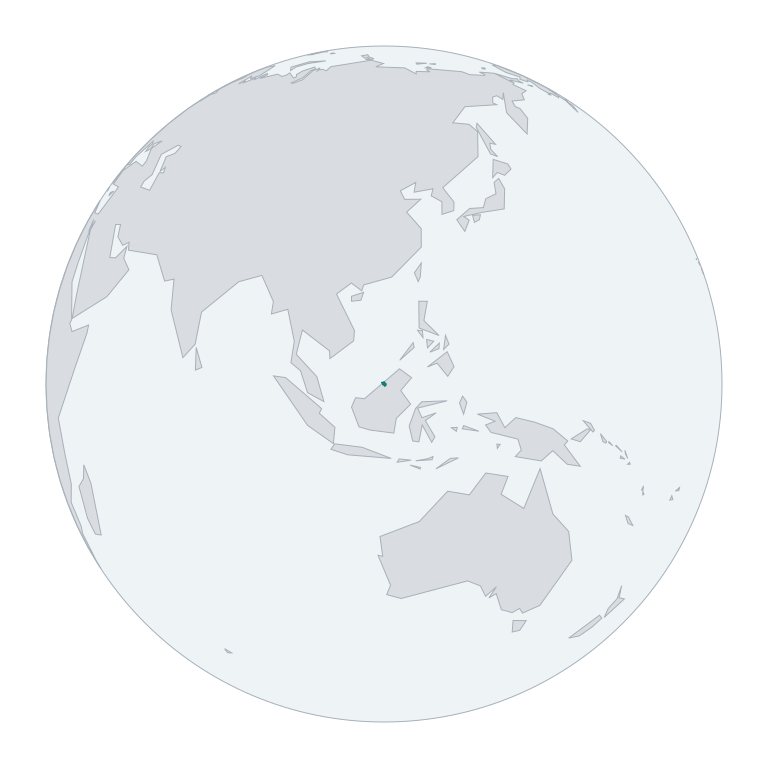 Belait highlighted on a globe, orthographic projection
{"feature_id": "BRN-1181", "entity_name": "Belait", "entity_type": "District", "adm_level": 1, "iso_a3": "BRN", "parent_name": "Brunei", "parent_adm1": "", "projection": "orthographic", "projection_center": [114.479, 4.349], "detail": "fine", "context": "on_globe", "style": "filled", "palette": "teal", "viewbox_px": 768, "rotation_deg": 0, "n_neighbors": 0, "source": "natural_earth", "source_scale": "10m", "svg_char_len": 8436}
<svg xmlns="http://www.w3.org/2000/svg" viewBox="0 0 768 768"><circle cx="384" cy="384" r="338" fill="#eef3f6" stroke="#a8b0b8"/><path d="M679.5,487.5L679.1,489.9L678.8,490.2L679.5,487.5ZM548.0,88.6L556.9,93.8L545.8,87.4L572.7,105.4L578.1,112.4L565.1,100.1L558.4,95.8L558.6,97.7L551.8,93.8L547.9,92.9L539.7,88.4L532.7,82.8L527.3,80.1L527.8,81.8L519.9,79.3L520.0,77.0L506.2,72.6L492.0,64.9L496.6,65.4L522.8,75.9L548.0,88.6ZM703.7,274.8L701.0,267.4L702.5,271.2L703.7,274.8ZM699.4,263.6L700.3,266.0L699.6,264.1L699.4,263.6ZM698.9,262.8L699.3,263.4L699.1,263.5L698.9,262.8ZM698.5,262.6L698.6,262.4L698.7,262.7L698.5,262.6ZM696.8,260.1L696.3,259.2L696.1,258.2L696.8,260.1ZM565.7,99.7L564.8,98.7L568.1,101.2L565.7,99.7ZM548.8,93.6L551.3,95.3L548.2,94.2L548.8,93.6ZM533.0,86.7L527.4,84.9L531.9,85.6L533.0,86.7ZM523.3,83.2L509.8,80.0L514.1,83.2L494.4,73.3L512.4,78.7L517.3,78.8L518.3,80.7L523.3,83.2ZM485.7,68.9L481.4,67.7L484.6,68.0L485.7,68.9ZM100.3,200.3L94.8,212.8L98.1,214.2L118.5,187.0L113.3,184.0L123.2,170.4L136.1,161.4L142.2,166.2L146.3,161.2L151.4,148.5L162.1,140.9L154.3,143.7L150.6,149.0L145.7,151.4L148.7,146.9L152.4,144.0L153.1,141.2L135.6,157.1L129.9,164.2L126.2,165.6L116.5,178.0L112.2,183.3L119.2,174.1L134.7,155.9L151.5,138.8L169.4,123.0L188.4,108.4L188.1,108.7L191.4,106.5L202.2,99.4L200.1,101.2L210.9,94.4L215.7,93.1L219.0,89.4L231.8,82.7L241.8,78.5L246.6,76.1L230.3,83.1L223.3,86.8L216.3,90.7L207.8,95.6L232.0,82.2L257.2,70.8L267.9,66.9L275.2,65.6L259.8,75.6L250.6,78.7L251.5,76.2L238.6,84.0L245.4,80.6L243.7,82.7L255.4,78.2L254.8,79.5L267.2,73.4L267.7,74.6L259.8,78.4L277.6,74.2L282.1,76.5L286.5,75.0L289.9,72.9L293.4,78.0L296.4,76.8L296.5,74.6L302.6,71.0L314.9,67.0L315.4,69.0L311.0,70.6L302.7,77.8L291.1,82.9L292.6,83.5L302.8,79.6L312.9,70.7L320.1,67.9L316.6,71.6L318.4,70.0L322.2,69.3L326.4,70.7L330.8,66.7L371.3,60.2L383.5,63.5L375.8,66.8L404.7,67.9L416.2,73.9L416.2,71.4L430.0,71.8L426.6,69.8L427.7,68.8L461.7,71.7L470.0,74.7L484.7,75.4L484.7,74.5L479.3,72.1L494.4,73.3L514.1,83.2L513.0,84.6L526.1,90.7L521.8,93.7L524.3,99.8L512.1,101.0L515.2,106.6L520.0,108.5L527.7,118.4L527.1,134.0L506.6,112.7L503.3,92.6L502.8,99.4L496.7,95.7L492.6,97.1L492.8,102.8L496.7,104.7L464.9,106.7L452.8,122.8L468.9,124.3L477.6,131.6L478.0,156.6L442.7,187.7L454.0,202.1L453.8,210.6L442.0,214.4L441.9,201.7L431.2,195.9L433.0,188.8L414.1,192.2L415.8,182.4L400.3,190.8L404.7,199.4L420.8,199.2L406.6,212.1L421.2,228.6L421.3,247.0L391.7,277.1L363.7,284.9L361.7,290.8L351.4,283.0L336.5,294.0L354.5,330.6L353.6,340.9L329.9,358.6L329.6,350.9L302.4,330.0L296.2,354.3L316.8,376.6L323.9,401.6L307.6,392.7L300.5,370.7L290.9,362.7L294.3,341.3L287.8,309.3L271.4,314.0L273.4,301.5L261.9,275.4L238.8,281.7L201.5,312.1L195.1,344.2L182.9,357.6L171.1,309.8L174.0,279.1L164.6,281.1L156.8,254.8L128.5,250.2L129.0,242.4L122.7,245.3L117.9,236.8L120.6,224.4L115.6,224.5L109.8,257.6L115.6,257.8L127.0,246.3L123.7,258.2L128.9,269.8L106.8,296.7L72.2,318.4L76.6,294.4L90.5,229.5L94.4,222.9L94.8,222.1L95.4,220.7L88.7,231.4L93.7,219.4L78.0,262.9L72.0,281.9L71.6,319.8L69.8,323.3L72.0,331.6L88.6,325.0L87.0,333.0L74.4,369.3L58.3,418.0L64.9,453.9L71.3,484.1L71.2,502.4L81.2,526.2L82.6,533.5L89.4,546.9L96.1,560.4L100.9,568.5L88.3,547.6L77.3,525.9L67.9,503.5L60.1,480.5L54.0,456.9L49.6,433.0L47.0,408.8L46.1,384.5L46.9,360.2L49.5,336.0L53.8,312.1L59.9,288.5L67.6,265.4L76.9,243.0L87.9,221.2L100.3,200.3ZM140.7,187.0L149.6,190.3L159.3,172.7L163.5,172.9L165.3,167.3L160.0,171.5L166.3,156.7L175.1,153.3L181.0,146.5L178.3,145.2L161.3,154.3L152.0,174.8L144.2,181.0L140.7,187.0ZM307.5,55.2L311.5,54.2L313.3,53.8L325.1,51.4L326.1,51.5L319.4,53.0L307.5,55.2ZM113.7,191.2L108.8,195.9L110.1,193.1L111.5,192.0L113.7,191.2ZM109.6,187.1L107.3,191.3L108.2,189.0L109.6,187.1ZM310.6,54.9L315.4,53.8L312.9,54.6L310.6,54.9ZM327.5,51.6L325.7,52.3L327.6,51.3L327.5,51.6ZM224.6,648.7L231.7,652.9L227.7,652.8L224.6,648.7ZM90.9,483.3L101.2,535.0L95.4,534.1L87.5,518.2L79.0,486.5L83.5,478.7L83.8,464.8L90.9,483.3ZM410.1,465.1L420.5,467.4L420.1,469.0L410.1,465.1ZM399.2,458.9L411.1,460.2L397.2,462.2L399.2,458.9ZM415.7,460.8L427.8,458.7L433.0,456.5L432.1,459.7L415.7,460.8ZM391.2,458.4L347.8,454.8L330.9,449.3L334.7,443.8L362.2,447.3L391.2,458.4ZM333.4,443.6L307.6,425.4L273.5,375.9L285.6,377.6L321.6,408.6L319.3,413.3L334.9,427.3L333.4,443.6ZM396.3,418.3L393.8,433.1L369.8,430.0L359.0,426.8L351.5,407.1L355.6,397.7L364.5,398.7L399.5,368.8L411.6,377.7L400.7,390.5L410.6,404.2L396.3,418.3ZM196.2,347.4L201.9,367.4L195.4,370.1L196.2,347.4ZM414.2,347.4L399.7,360.3L413.1,342.6L414.2,347.4ZM422.4,330.5L423.0,337.6L417.5,330.3L422.4,330.5ZM360.9,300.3L351.5,301.2L351.5,296.3L363.6,292.3L360.9,300.3ZM421.3,263.0L420.3,276.9L418.2,281.6L414.4,272.7L421.3,263.0ZM325.9,60.9L308.2,63.5L296.2,66.9L290.5,70.6L291.0,67.1L309.5,61.8L325.9,60.9ZM365.6,59.7L370.6,57.5L373.5,58.5L372.8,59.2L365.6,59.7ZM365.0,58.3L361.6,55.8L367.7,54.7L369.2,56.8L365.0,58.3ZM335.4,53.4L330.1,53.9L332.2,53.0L335.4,53.4ZM599.5,615.2L601.8,618.1L592.0,627.1L579.2,635.9L568.7,638.1L599.5,615.2ZM512.2,632.0L513.1,620.5L526.2,620.6L519.7,630.3L512.2,632.0ZM608.3,608.4L617.1,598.7L621.7,585.6L619.1,597.7L624.4,598.9L604.2,617.4L608.3,608.4ZM467.5,580.9L401.1,598.5L386.7,594.6L390.6,585.3L378.0,555.3L382.7,556.3L380.0,536.5L419.3,521.5L447.7,491.2L469.3,494.9L485.8,473.0L508.0,476.5L501.1,494.3L523.8,508.5L540.1,468.6L552.9,514.0L568.7,531.5L571.9,560.3L539.9,605.3L522.5,613.1L519.6,608.4L512.2,612.6L501.4,609.7L496.2,593.6L488.9,597.9L496.4,586.8L485.6,596.3L480.4,585.9L467.5,580.9ZM625.5,515.4L628.4,517.0L632.8,525.5L628.0,523.5L625.5,515.4ZM671.8,495.7L672.8,499.6L669.8,500.1L671.8,495.7ZM678.8,490.2L675.3,491.2L679.5,487.5L678.8,490.2ZM642.7,491.2L644.0,494.2L642.8,495.0L642.7,491.2ZM641.5,490.1L643.5,485.9L643.0,490.3L641.5,490.1ZM627.6,464.3L629.5,462.3L630.3,464.2L627.6,464.3ZM435.9,468.8L450.5,458.3L458.4,457.9L435.9,468.8ZM625.0,459.2L620.2,458.2L620.8,455.9L625.0,459.2ZM625.4,453.7L624.9,450.3L627.7,458.5L625.4,453.7ZM616.3,445.3L622.1,451.8L615.6,445.9L616.3,445.3ZM612.8,445.7L608.6,442.6L608.9,441.6L612.8,445.7ZM564.3,444.9L580.2,466.2L567.3,464.3L552.8,450.7L541.3,460.9L515.3,456.6L521.3,450.1L517.9,439.1L491.0,432.4L485.6,425.0L495.1,421.2L477.4,414.1L496.8,412.7L504.8,427.7L515.8,417.6L534.7,422.2L553.1,428.8L567.8,441.0L564.3,444.9ZM496.9,444.1L500.2,444.4L497.3,448.4L496.9,444.1ZM600.5,433.7L606.6,441.4L605.9,443.1L602.9,441.7L600.5,433.7ZM571.2,438.9L587.1,428.9L590.8,429.5L580.3,441.7L571.2,438.9ZM583.3,420.8L590.6,423.3L594.5,430.4L592.9,432.0L583.3,420.8ZM457.2,427.4L456.4,431.3L451.3,427.7L457.2,427.4ZM463.7,425.6L478.9,431.2L462.3,428.8L463.7,425.6ZM417.6,408.1L422.0,417.7L436.1,412.9L425.3,420.6L434.9,436.8L431.7,442.3L422.2,424.9L418.9,441.8L412.7,441.0L409.2,426.0L415.5,408.6L421.7,401.8L447.1,400.8L417.6,408.1ZM463.6,414.2L459.5,403.0L462.6,396.1L466.9,402.2L463.6,414.2ZM447.7,376.3L437.1,363.1L427.4,367.0L447.2,351.7L454.0,366.7L447.7,376.3ZM438.9,348.7L429.8,352.2L439.3,343.1L438.9,348.7ZM427.5,347.9L426.6,339.4L433.7,341.2L427.5,347.9ZM443.6,349.5L445.5,335.4L449.0,344.1L443.6,349.5ZM423.9,320.6L439.0,335.5L419.1,328.0L418.8,301.2L427.3,301.3L423.9,320.6ZM474.4,222.4L472.6,215.4L480.4,214.8L479.4,219.7L474.4,222.4ZM504.2,208.9L481.9,212.4L463.7,216.5L469.2,220.2L464.8,231.4L456.8,219.7L469.7,208.5L483.4,207.6L485.8,198.7L496.0,193.8L494.1,182.5L498.7,178.4L504.6,188.8L504.2,208.9ZM492.7,177.7L493.2,159.4L507.8,164.0L511.0,169.1L504.6,175.3L497.3,172.4L492.7,177.7ZM497.6,156.6L490.5,153.9L476.3,127.5L477.0,123.3L495.5,144.3L489.8,143.2L490.7,149.3L497.6,156.6ZM482.6,68.8L481.5,67.8L485.0,69.2L482.6,68.8ZM425.5,67.8L427.5,66.7L431.5,67.9L425.5,67.8ZM435.3,64.5L429.4,63.9L435.4,63.7L435.3,64.5ZM416.1,62.9L426.9,63.2L416.9,64.2L416.1,62.9Z" fill="#d9dde1" stroke="#a8b0b8" stroke-width="1"/><path d="M383.3,384.6L383.0,384.5L382.8,384.5L382.8,384.4L382.9,384.2L382.9,383.9L382.8,383.6L382.7,383.4L382.6,383.2L382.4,383.1L382.2,383.0L382.0,382.8L381.9,382.7L381.6,382.7L381.2,382.5L382.7,382.6L383.1,382.5L383.5,382.2L384.1,382.0L384.2,382.3L384.3,382.4L384.4,382.5L384.5,382.5L384.7,382.8L384.7,383.0L384.9,383.1L385.0,383.2L385.1,383.4L385.3,383.5L385.5,383.8L385.5,384.0L385.8,384.3L385.8,384.5L386.0,384.4L386.0,384.5L385.9,384.6L385.8,384.8L385.8,385.0L385.7,385.2L385.7,385.3L385.2,385.8L384.9,386.0L384.6,385.9L384.6,385.7L384.4,385.5L384.0,385.2L383.9,385.1L383.7,384.6L383.3,384.6Z" fill="#14b8a6" stroke="#0f766e" stroke-width="1.5"/></svg>